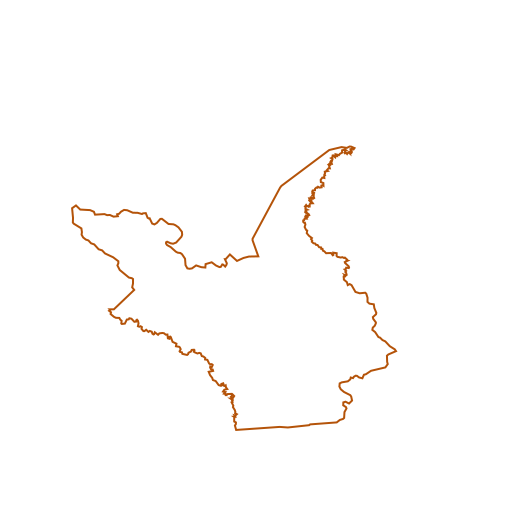 outline of Quevedo, Los Rios, Ecuador, rotated 130°
{"feature_id": "8360857B67101317912818", "entity_name": "Quevedo", "entity_type": "district", "adm_level": 2, "iso_a3": "ECU", "parent_name": "Ecuador", "parent_adm1": "Los Rios", "projection": "natural_earth1", "projection_center": [-79.508, -1.068], "detail": "fine", "context": "isolated", "style": "outline", "palette": "amber", "viewbox_px": 512, "rotation_deg": 130, "n_neighbors": 0, "source": "geoboundaries", "source_scale": "gbopen_adm2", "svg_char_len": 6138}
<svg xmlns="http://www.w3.org/2000/svg" viewBox="0 0 512 512"><g transform="rotate(130 256 256)"><path d="M238.9,87.6L238.3,89.7L239.1,95.5L238.3,102.1L239.1,105.1L238.8,108.5L239.4,110.1L237.7,115.8L237.8,119.4L235.8,120.5L233.1,120.2L230.6,120.9L229.8,121.5L228.8,125.8L227.7,127.2L223.5,126.6L222.2,127.3L219.8,131.9L217.3,134.7L219.6,138.5L219.5,141.1L216.3,143.7L214.0,147.3L213.9,148.7L217.9,152.6L219.6,156.7L216.9,164.1L217.3,166.2L219.3,167.0L217.6,169.6L217.6,173.5L215.5,175.4L215.7,176.3L214.3,174.6L213.8,174.7L213.5,176.0L213.0,174.6L212.2,174.4L211.0,176.1L210.8,177.3L209.5,177.3L209.3,179.4L208.4,178.8L207.0,179.4L205.6,177.2L204.9,177.4L204.3,178.5L204.1,183.3L203.6,184.1L200.5,182.7L201.0,183.9L200.2,184.1L200.1,186.9L200.9,187.2L201.4,189.1L202.7,190.1L204.3,193.1L204.1,194.4L202.0,196.0L203.8,199.0L205.5,197.4L206.1,197.6L205.5,200.5L208.8,204.1L208.5,206.7L208.9,208.2L207.8,209.6L208.6,210.6L207.6,211.6L208.7,213.3L208.0,215.9L208.9,217.2L208.4,218.6L209.3,220.2L209.2,222.4L208.1,222.8L207.7,224.7L206.3,224.7L206.5,228.3L205.9,231.8L203.6,233.1L203.8,234.4L202.5,237.4L200.1,238.4L199.1,239.9L199.6,240.3L199.5,241.8L198.4,242.7L197.6,242.2L196.2,242.8L194.9,241.3L194.5,242.7L193.7,242.2L194.0,243.6L193.2,243.8L193.0,241.7L191.7,242.0L190.5,241.5L190.1,242.7L191.1,243.4L190.2,244.3L190.8,245.0L190.8,246.2L189.8,246.1L189.9,247.0L188.9,247.4L187.6,246.5L188.1,248.5L186.5,249.4L186.6,250.3L184.7,250.4L185.1,249.0L183.7,247.9L184.3,247.3L183.7,246.9L184.3,246.1L181.9,248.1L180.7,248.1L179.1,246.4L178.8,247.5L179.6,248.6L178.4,249.1L179.3,250.2L179.2,251.0L178.3,251.1L177.7,252.2L177.0,251.1L176.1,251.7L175.4,250.8L176.0,250.1L174.2,249.9L175.1,249.0L174.2,248.7L173.5,250.0L171.7,251.3L172.8,251.9L170.6,252.3L171.5,253.4L171.0,253.8L170.6,253.3L170.5,254.3L169.4,254.7L167.7,253.1L166.5,254.0L164.6,253.7L164.2,252.8L163.1,253.0L162.7,251.2L161.2,249.9L160.0,251.2L158.9,250.5L158.8,249.5L156.8,251.3L157.7,253.8L156.1,255.4L153.3,255.6L152.3,253.8L151.0,255.2L149.8,255.0L149.6,256.0L148.4,256.2L147.2,257.5L144.7,255.6L144.7,256.9L142.1,256.8L141.4,255.8L140.0,257.9L138.9,257.7L139.3,259.2L137.7,259.0L136.6,257.2L136.0,258.1L136.0,259.5L134.9,259.7L134.4,258.9L132.5,259.7L132.7,261.3L131.7,260.8L129.7,261.9L128.8,260.9L129.6,260.4L129.5,258.8L128.5,259.5L127.5,258.2L126.7,260.0L125.4,257.3L123.8,257.4L121.5,256.5L119.7,258.0L117.2,256.3L117.1,255.0L118.2,255.8L118.9,254.3L120.0,254.6L120.2,253.9L119.0,253.3L119.3,251.8L117.2,252.0L117.2,250.2L116.6,251.2L115.5,251.0L115.7,249.2L114.9,249.3L113.0,251.3L113.8,251.8L113.5,252.3L111.5,251.0L111.5,249.8L110.0,249.9L111.1,253.5L112.0,254.7L114.8,255.9L117.6,260.5L127.7,268.0L186.0,281.6L188.1,281.5L245.0,269.7L246.2,268.7L254.8,254.0L260.9,261.0L265.5,264.3L272.0,267.4L271.6,277.0L277.8,277.2L278.4,277.8L280.3,273.7L281.7,273.0L283.9,272.8L283.7,275.5L284.1,276.4L287.0,276.0L288.0,276.9L289.0,280.5L289.3,285.9L294.6,289.4L297.4,287.4L299.7,290.7L301.7,295.8L306.7,297.1L308.5,298.7L309.6,300.6L308.3,304.1L303.7,308.6L302.2,313.8L302.3,315.8L303.8,318.2L304.2,320.2L304.0,327.0L304.8,331.2L304.3,332.9L303.3,333.7L302.2,333.3L301.2,329.7L299.9,327.4L297.0,325.8L289.2,325.5L287.2,326.2L285.1,328.3L283.9,333.8L284.2,337.5L284.8,339.6L287.7,343.6L288.0,352.0L289.1,353.1L294.4,353.2L297.1,354.1L297.9,356.4L295.5,361.7L296.1,362.0L296.4,363.6L294.0,368.0L296.0,370.0L297.1,370.3L299.1,374.6L302.0,378.1L303.7,384.0L305.5,386.7L308.9,387.9L311.6,388.0L313.3,389.2L314.3,387.4L317.4,390.4L318.5,394.3L320.4,396.3L321.3,399.0L327.8,405.9L326.3,408.6L327.5,412.6L333.4,420.5L333.0,426.4L337.6,427.6L344.4,420.7L348.1,417.8L348.4,416.4L347.1,407.5L349.6,404.7L351.8,403.3L352.9,400.3L352.8,396.9L351.8,394.4L352.3,390.5L351.1,387.4L352.0,380.9L350.6,377.5L351.1,373.3L348.8,364.6L348.5,358.1L350.0,356.8L352.3,356.1L354.3,351.4L354.2,339.5L352.8,336.8L352.7,335.4L356.2,332.5L359.6,330.7L360.3,327.5L388.2,330.6L390.9,333.8L391.0,333.0L392.4,333.3L392.3,330.9L393.9,330.1L393.9,325.7L393.4,323.6L391.3,320.9L392.0,319.1L392.0,317.3L394.3,315.8L394.3,315.1L392.1,313.0L387.7,314.1L386.4,312.8L385.1,313.0L384.1,311.1L384.6,306.9L383.3,305.7L382.2,306.4L381.3,306.2L381.5,304.8L383.1,302.7L385.7,301.3L385.2,299.9L384.0,299.3L383.8,297.7L385.4,296.9L385.9,294.0L385.3,293.2L383.1,292.7L383.3,289.6L381.7,289.2L381.0,287.2L382.1,285.4L382.0,284.1L381.4,283.8L379.5,284.5L379.3,280.4L377.4,280.3L375.1,278.2L374.3,276.8L374.3,274.6L373.1,273.4L375.7,270.6L375.1,269.2L373.5,270.3L372.8,269.8L372.9,269.1L375.4,264.7L374.3,260.6L376.6,259.3L374.9,256.4L375.0,255.5L375.8,253.8L378.1,253.3L378.3,252.5L377.4,250.8L378.3,249.5L376.1,245.2L374.9,244.9L373.5,245.5L371.0,244.4L369.3,244.9L367.6,243.2L367.7,242.6L369.3,242.1L369.2,241.1L368.3,238.2L366.7,237.2L366.1,235.8L367.5,233.2L366.8,231.7L366.7,229.4L368.0,228.5L366.8,226.5L368.5,222.8L368.3,221.3L367.3,220.4L367.3,219.1L369.4,218.5L370.1,219.1L370.2,219.9L370.9,219.5L371.6,217.9L370.8,216.2L371.6,215.0L375.1,217.8L376.8,214.6L377.5,211.2L378.7,209.3L377.7,206.5L378.9,201.6L378.0,199.5L376.3,200.3L374.6,199.3L375.2,198.3L376.4,198.5L375.8,196.5L374.6,196.1L375.9,194.6L376.4,192.5L378.8,194.3L381.0,194.1L379.9,192.0L382.0,192.0L381.4,191.0L382.1,189.8L381.6,189.2L381.2,189.8L380.5,189.5L377.4,186.2L378.5,184.8L377.1,184.9L377.3,182.7L378.9,182.5L380.1,184.3L380.9,182.9L381.6,183.8L381.5,182.7L380.6,182.0L381.4,181.1L382.3,181.2L382.9,180.1L383.8,180.6L385.2,177.2L386.6,176.5L387.6,173.3L388.7,171.6L389.9,170.9L389.5,169.0L391.6,169.3L391.9,170.0L392.4,168.6L393.3,169.6L393.2,168.6L394.2,168.5L396.8,166.3L396.4,164.4L397.7,163.4L399.4,163.2L402.0,159.4L371.7,128.0L366.9,121.4L351.4,106.5L350.2,106.3L331.6,87.2L327.7,86.4L324.9,84.6L323.4,84.4L318.7,87.9L314.6,88.7L313.9,90.0L314.3,93.2L312.0,95.0L310.1,93.8L309.2,89.9L305.0,89.5L302.5,92.7L302.0,94.3L303.6,101.2L303.6,105.4L302.4,108.2L299.8,110.0L297.7,109.1L293.0,105.1L289.9,104.5L288.2,105.3L287.2,103.2L285.5,103.4L283.6,102.7L282.9,101.6L282.8,99.0L281.3,95.9L277.6,97.0L275.9,95.8L270.0,94.1L258.2,85.3L254.1,85.6L252.8,87.5L248.2,91.6L246.3,91.3L238.9,87.6Z" fill="none" stroke="#b45309" stroke-width="2"/></g></svg>